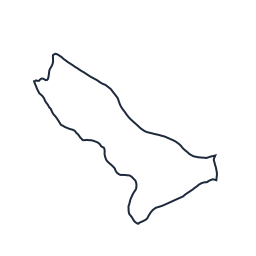 Halmin, Lahij, Yemen, rotated 251°
{"feature_id": "15242507B61781927650682", "entity_name": "Halmin", "entity_type": "district", "adm_level": 2, "iso_a3": "YEM", "parent_name": "Yemen", "parent_adm1": "Lahij", "projection": "mercator", "projection_center": [44.941, 13.696], "detail": "fine", "context": "isolated", "style": "outline", "palette": "slate", "viewbox_px": 256, "rotation_deg": 251, "n_neighbors": 0, "source": "geoboundaries", "source_scale": "gbopen_adm2", "svg_char_len": 5262}
<svg xmlns="http://www.w3.org/2000/svg" viewBox="0 0 256 256"><g transform="rotate(251 128 128)"><path d="M202.7,54.4L199.4,54.5L194.3,54.8L189.8,55.4L186.1,57.5L184.2,58.1L183.3,58.3L182.6,58.3L181.9,58.4L181.2,58.4L180.6,58.4L180.3,58.5L178.5,58.9L177.6,59.3L177.0,59.5L176.2,59.7L175.4,59.9L174.6,60.0L173.9,60.1L173.0,60.3L172.5,60.7L171.9,60.9L171.2,61.2L170.5,61.3L169.9,61.3L169.1,61.4L168.4,61.4L167.7,61.5L166.9,61.6L166.1,61.8L165.4,62.0L164.7,62.2L163.9,62.6L163.2,62.9L162.5,63.2L161.7,63.4L161.1,63.6L160.4,63.9L159.7,64.0L159.1,64.2L158.2,64.4L157.6,64.6L156.8,64.8L155.9,64.9L155.2,65.1L154.4,65.3L153.5,65.5L152.7,65.7L152.2,66.2L151.8,66.7L151.2,67.3L150.7,67.7L150.1,68.2L149.5,68.6L149.1,69.1L148.6,69.6L148.2,70.2L147.7,70.7L147.3,71.2L146.8,71.7L146.3,72.3L145.9,72.8L145.4,73.6L145.0,74.2L144.6,74.8L144.1,75.4L143.6,75.9L143.1,76.4L142.6,76.8L141.9,77.0L141.1,77.3L140.5,77.4L139.8,77.8L139.1,78.2L138.5,78.5L137.8,78.8L137.2,79.0L136.5,79.2L135.7,79.5L134.9,79.6L134.2,79.9L133.6,80.2L133.0,80.6L132.4,80.8L131.7,81.0L131.2,81.4L130.9,82.1L130.7,82.7L130.5,83.5L130.3,84.3L130.2,84.9L130.0,85.6L129.6,86.2L129.3,86.9L129.0,87.6L128.8,88.2L128.6,88.9L128.3,89.4L127.8,90.1L127.5,90.7L127.0,91.3L126.8,91.7L126.7,91.8L126.2,92.3L125.7,92.9L125.2,93.5L124.7,94.0L124.3,94.5L123.7,95.0L123.1,95.4L122.5,95.8L121.8,96.1L121.0,96.3L120.3,96.5L119.6,96.6L119.0,97.0L118.6,97.5L118.0,98.0L117.5,98.5L116.9,98.8L116.2,98.9L115.5,98.8L114.8,98.6L114.1,98.5L113.1,98.2L112.4,97.9L111.3,97.4L110.6,97.3L109.8,97.2L109.1,97.1L108.5,97.0L107.7,97.0L106.9,97.0L105.9,97.0L105.2,97.0L104.6,97.2L103.9,97.3L103.1,97.7L102.3,98.0L101.7,98.4L100.9,98.8L100.3,99.1L99.7,99.5L99.1,99.9L98.5,100.3L97.8,100.6L97.2,100.9L96.4,101.3L95.8,101.6L95.0,102.0L94.3,102.2L93.7,102.4L93.0,102.3L92.2,102.3L91.5,102.4L90.8,102.6L89.9,102.8L89.3,103.0L88.5,103.5L87.8,104.0L87.3,104.4L86.7,104.9L86.2,105.5L85.9,106.1L85.7,106.7L85.5,107.3L85.2,108.1L85.0,108.8L84.7,109.4L84.5,110.1L84.1,110.8L83.7,111.5L83.4,112.3L83.1,113.0L82.8,113.7L82.3,114.3L81.6,114.9L81.1,115.3L80.4,115.7L79.8,116.0L79.1,116.4L78.3,116.7L77.6,117.0L76.9,117.4L76.2,117.7L75.6,117.9L74.7,117.9L74.0,117.9L73.2,117.8L72.3,117.7L71.6,117.5L71.0,117.3L70.3,117.0L69.7,116.8L68.7,116.3L68.1,116.0L67.6,115.6L67.1,115.0L66.6,114.4L66.1,113.7L65.7,113.2L65.3,112.6L64.8,112.0L64.3,111.5L63.7,110.9L63.3,110.4L62.7,109.9L62.2,109.4L61.6,108.8L61.1,108.4L60.6,107.9L60.1,107.4L59.4,106.9L58.9,106.5L58.2,106.1L57.6,105.8L57.0,105.3L56.3,104.8L55.7,104.5L55.1,104.1L54.5,103.6L54.0,103.1L53.3,102.8L52.4,102.5L51.5,102.3L50.9,102.0L49.9,101.8L49.3,101.6L48.5,101.4L47.8,101.3L47.2,101.3L46.3,101.2L45.7,101.4L45.1,101.6L44.4,101.9L43.7,102.1L43.1,102.4L42.3,102.6L41.7,102.8L41.0,102.9L40.4,103.0L39.3,103.2L38.5,103.4L37.8,103.7L37.2,103.9L36.6,104.3L36.0,104.7L35.4,105.2L34.6,105.8L34.5,106.0L34.2,106.3L34.2,107.0L34.7,107.5L35.0,111.7L35.5,114.9L36.3,116.8L38.3,118.9L40.6,121.7L42.4,124.7L43.5,128.2L43.3,134.8L43.7,139.7L44.3,146.0L44.8,150.9L45.1,154.9L45.4,157.8L46.6,160.8L47.8,165.4L48.9,169.5L49.0,169.8L49.3,170.5L49.6,171.3L49.8,172.0L50.0,172.9L50.3,173.7L50.5,174.4L50.8,175.2L51.1,175.9L51.3,176.5L51.5,177.2L51.6,177.9L51.7,178.7L51.9,179.4L51.9,180.0L51.9,180.7L51.9,181.4L51.8,182.1L51.7,182.8L51.5,183.6L51.2,184.4L51.1,185.0L51.1,185.7L51.5,186.3L51.6,186.5L51.9,189.1L51.9,191.6L49.9,194.5L54.7,196.8L56.8,197.5L58.3,197.7L60.1,198.0L61.6,198.2L63.1,198.3L64.6,198.3L66.1,198.4L67.6,198.6L69.2,198.6L70.6,199.0L71.9,200.0L73.1,201.2L73.6,201.6L73.6,200.6L73.8,199.1L74.0,197.6L74.1,196.1L74.1,194.5L74.1,193.0L74.1,192.6L77.2,185.4L80.0,180.6L83.5,177.5L85.0,176.8L86.4,176.0L87.7,175.1L89.1,174.3L90.5,173.5L92.0,172.9L93.6,172.4L95.1,171.7L96.4,170.9L97.9,169.9L99.2,169.0L100.4,168.0L101.4,167.0L102.5,165.9L103.7,164.5L104.8,163.4L106.1,161.9L107.2,160.8L108.2,159.6L109.0,158.4L109.8,157.1L110.8,155.8L111.8,154.3L112.6,152.9L113.5,151.5L114.5,149.9L115.4,148.6L116.2,147.3L117.1,145.9L118.0,144.6L119.1,143.3L120.4,142.1L121.8,141.1L123.0,140.2L124.3,139.4L125.7,138.7L127.2,137.9L128.7,137.1L130.2,136.2L131.5,135.5L133.1,134.6L134.4,133.9L135.9,133.1L137.4,132.4L139.0,131.8L140.4,131.3L142.1,130.8L143.5,130.4L144.9,130.0L146.3,129.5L147.8,129.0L149.3,128.6L150.8,128.3L152.2,128.1L153.9,128.0L155.4,128.0L156.8,128.0L158.3,128.0L159.8,128.0L170.6,124.3L176.1,120.7L177.0,119.6L178.0,118.5L179.1,117.4L180.3,116.5L181.6,115.5L182.9,114.6L184.1,113.6L185.2,112.5L186.3,111.5L187.4,110.5L188.6,109.4L189.8,108.4L191.1,107.4L192.4,106.4L193.7,105.4L194.3,105.0L195.0,104.4L196.2,103.3L197.5,102.2L198.7,101.3L200.0,100.3L201.2,99.4L202.3,98.4L203.5,97.5L204.8,96.6L206.0,95.7L207.1,94.8L208.5,93.7L209.7,92.7L210.9,91.9L212.3,91.0L213.6,90.0L214.9,89.2L216.3,88.5L217.5,87.7L218.6,86.8L219.8,85.9L220.8,85.0L220.9,84.8L221.8,83.6L221.7,82.2L221.3,80.8L219.9,80.2L218.4,79.8L217.1,79.4L215.6,78.9L215.1,78.7L214.3,78.3L213.0,77.4L211.8,76.4L210.7,75.1L209.7,74.0L208.7,72.9L207.5,72.1L206.1,71.4L204.8,70.8L204.1,70.4L203.4,70.1L202.0,69.3L200.6,68.4L199.8,67.2L200.1,65.7L201.2,64.8L201.9,64.2L202.4,63.7L202.9,62.3L202.5,60.8L201.6,59.2L201.9,58.4L202.1,57.8L202.4,57.2L203.0,56.4L202.8,55.7L202.6,55.0L202.7,54.4Z" fill="none" stroke="#1e293b" stroke-width="2"/></g></svg>